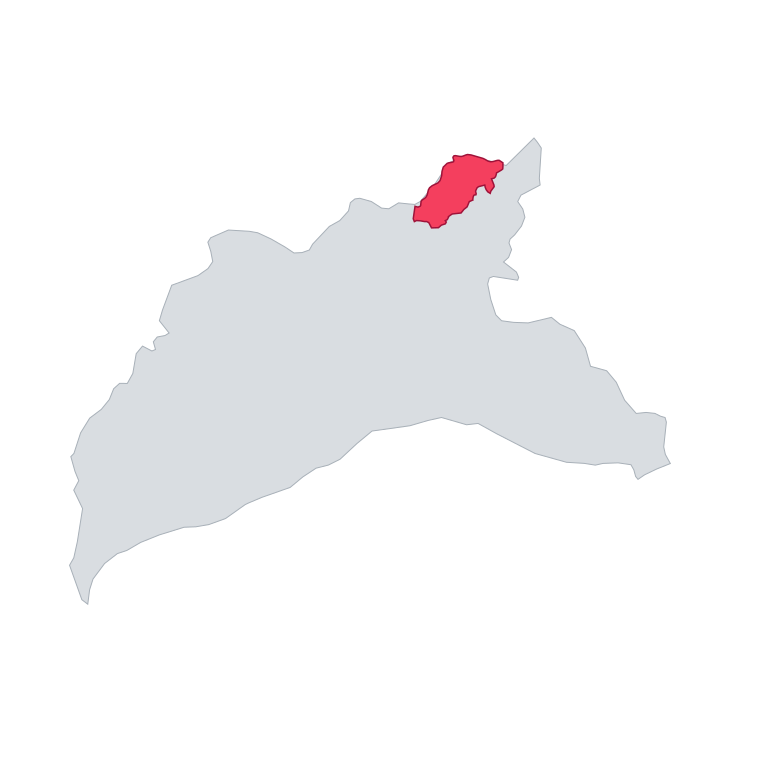 Moldova, with Bender highlighted, rotated 280°
{"feature_id": "MDA-1650", "entity_name": "Bender", "entity_type": "City", "adm_level": 1, "iso_a3": "MDA", "parent_name": "Moldova", "parent_adm1": "", "projection": "natural_earth1", "projection_center": [29.721, 46.757], "detail": "fine", "context": "in_parent", "style": "filled", "palette": "rose", "viewbox_px": 768, "rotation_deg": 280, "n_neighbors": 0, "source": "natural_earth", "source_scale": "10m", "svg_char_len": 3143}
<svg xmlns="http://www.w3.org/2000/svg" viewBox="0 0 768 768"><g transform="rotate(280 384 384)"><path d="M115.7,130.5L119.1,123.9L150.9,105.8L159.0,108.7L175.4,109.4L209.0,108.8L225.6,96.9L235.8,100.2L244.2,94.9L258.1,88.2L260.1,89.6L261.8,90.7L283.2,93.7L299.3,100.1L309.9,110.0L321.0,116.2L332.4,118.6L338.7,123.5L340.0,131.1L350.7,134.8L370.8,134.7L379.4,139.6L376.2,149.7L378.3,153.0L385.5,149.5L390.9,152.5L393.7,159.9L396.9,163.5L407.3,151.8L418.2,153.0L444.4,157.8L458.4,181.9L467.1,190.6L474.8,194.1L484.5,190.4L493.1,185.9L498.0,188.0L508.6,204.0L511.0,224.9L511.0,233.4L507.2,247.6L501.7,262.8L497.4,272.6L499.2,280.5L503.0,287.2L509.3,289.4L529.7,302.8L537.3,312.1L548.3,319.0L556.8,319.4L561.2,323.2L562.7,327.9L561.5,339.9L556.8,351.1L557.4,358.3L564.9,366.9L565.6,376.8L566.2,383.2L570.1,388.1L588.9,399.0L613.2,409.6L619.4,418.7L623.1,430.2L622.0,449.5L620.4,466.4L652.3,489.0L648.6,493.2L643.7,497.9L613.3,501.3L607.1,503.2L593.8,486.1L586.9,484.0L580.4,490.3L572.7,493.8L563.5,492.0L553.6,486.8L548.6,483.0L544.6,482.6L538.5,486.3L530.3,484.7L524.9,480.5L517.2,495.0L512.4,498.1L509.4,497.6L508.9,473.0L506.7,469.3L500.5,468.7L485.7,474.5L471.5,482.1L466.7,488.8L467.2,500.9L469.2,515.4L478.7,537.3L473.4,546.9L469.6,562.1L454.4,576.1L437.3,584.3L435.7,601.0L426.1,612.4L409.8,623.8L398.8,637.5L401.5,647.0L402.1,655.9L400.3,661.9L399.8,666.6L395.5,668.7L370.6,670.4L363.5,673.3L355.4,679.8L347.7,667.4L339.9,656.5L334.2,650.7L336.6,647.9L342.9,644.9L347.4,641.2L347.0,628.2L343.8,613.4L340.8,606.2L340.6,594.9L338.6,577.3L341.8,544.8L354.5,503.8L361.5,483.5L358.2,472.4L361.0,446.4L355.7,433.6L347.4,416.8L335.6,380.4L320.7,367.7L302.3,353.8L294.5,343.3L289.3,331.7L278.4,320.2L265.9,309.6L251.1,283.3L243.4,271.4L241.1,268.2L224.0,251.3L215.2,236.0L210.7,223.5L208.2,211.9L196.4,189.0L185.7,171.8L175.4,159.6L170.7,150.9L158.7,140.0L141.4,131.3L130.2,129.8L115.7,130.5Z" fill="#d9dde1" stroke="#a8b0b8" stroke-width="1"/><path d="M564.4,383.7L564.3,384.2L564.1,386.8L565.5,388.9L566.3,389.1L570.2,388.8L571.6,389.4L574.0,391.9L575.4,392.9L577.8,393.7L582.9,394.0L585.2,394.8L587.7,397.0L591.3,402.1L594.1,403.9L599.0,404.6L603.5,404.2L607.9,404.7L612.3,407.9L613.0,409.2L614.3,412.8L615.0,413.9L616.4,414.0L617.8,413.1L619.3,412.5L620.9,413.3L621.3,414.7L621.3,418.8L621.5,420.6L622.1,422.1L623.8,424.9L624.5,426.4L624.7,430.0L623.4,442.2L622.8,444.4L622.1,446.2L621.5,448.1L621.4,450.6L622.0,452.7L623.9,456.7L624.3,458.5L622.5,462.7L619.1,463.3L616.4,463.6L615.2,462.6L612.0,458.9L611.6,458.2L609.3,458.1L607.4,457.8L605.8,456.6L604.8,454.2L599.1,457.7L597.4,458.2L592.4,455.7L590.2,455.5L591.2,452.9L593.1,450.9L595.3,449.5L597.4,448.7L594.8,442.9L593.4,441.6L590.1,440.7L589.0,441.0L587.5,441.7L586.3,441.7L585.8,440.1L585.2,439.6L583.5,439.3L580.7,439.4L580.6,439.5L578.4,436.3L572.9,435.1L569.7,432.3L565.8,430.2L563.3,421.7L561.5,419.8L560.0,418.4L559.7,418.6L556.9,417.8L555.5,416.0L554.3,417.2L552.4,416.6L550.4,412.9L547.4,410.5L546.0,403.7L550.7,400.1L551.4,397.7L551.0,395.9L551.0,391.2L550.6,387.6L549.2,385.7L551.8,384.1L564.3,383.7L564.4,383.7Z" fill="#f43f5e" stroke="#9f1239" stroke-width="1.5"/></g></svg>